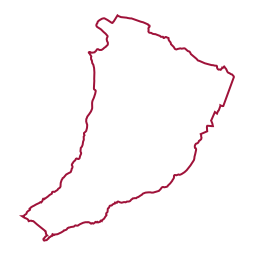 Zipacón, Cundinamarca, Colombia
{"feature_id": "7082276B87825426201074", "entity_name": "Zipacón", "entity_type": "district", "adm_level": 2, "iso_a3": "COL", "parent_name": "Colombia", "parent_adm1": "Cundinamarca", "projection": "orthographic", "projection_center": [-74.398, 4.753], "detail": "fine", "context": "isolated", "style": "outline", "palette": "rose", "viewbox_px": 256, "rotation_deg": 0, "n_neighbors": 0, "source": "geoboundaries", "source_scale": "gbopen_adm2", "svg_char_len": 5688}
<svg xmlns="http://www.w3.org/2000/svg" viewBox="0 0 256 256"><path d="M108.9,207.8L109.7,205.9L110.2,205.6L111.6,205.5L112.1,205.1L112.4,204.6L113.8,203.8L114.8,203.6L115.0,202.6L116.8,202.8L117.1,202.0L117.7,201.6L118.5,201.6L119.6,202.2L121.5,202.7L122.1,202.6L123.9,202.1L124.6,202.1L125.7,202.3L126.8,201.6L128.8,201.5L129.6,201.3L130.2,200.9L131.4,199.5L132.4,198.9L132.6,198.6L133.0,198.3L134.0,198.3L134.9,198.1L136.2,198.2L137.1,197.4L137.5,197.2L138.2,197.1L140.7,195.4L141.7,194.9L142.8,193.7L145.0,192.8L145.7,192.6L149.0,192.3L150.2,192.3L151.5,192.6L153.1,192.6L158.9,190.9L159.5,190.2L160.3,189.5L161.7,187.6L162.4,187.1L163.2,187.0L164.1,187.3L164.8,187.2L166.7,186.8L167.5,186.4L167.8,185.7L170.2,183.4L172.3,180.7L172.6,179.9L173.1,179.3L173.9,177.9L174.0,175.8L174.4,175.2L174.8,175.0L175.2,175.0L176.2,175.3L178.5,174.5L179.5,174.8L180.4,174.6L181.7,174.0L184.5,172.2L186.7,170.2L190.5,165.4L192.1,162.9L193.1,161.4L193.9,160.1L194.3,158.7L194.5,156.7L195.2,154.1L196.1,149.9L196.1,149.1L195.9,148.6L195.6,148.1L195.0,147.9L194.8,147.0L194.8,146.0L195.2,144.8L195.8,143.9L196.4,143.5L197.0,143.4L197.8,143.0L198.5,142.1L199.0,140.9L200.0,140.3L200.5,139.7L201.0,139.4L201.3,138.8L201.5,137.6L201.2,136.8L201.2,135.6L200.7,134.1L207.2,131.3L206.9,127.4L207.0,126.2L207.3,125.8L208.4,125.8L211.6,126.1L212.9,126.1L212.3,123.4L211.1,120.5L211.5,119.8L214.9,112.0L217.0,113.6L217.5,112.3L218.2,110.8L218.7,110.5L220.4,105.9L220.4,105.3L221.4,105.8L222.7,106.1L223.3,106.0L233.9,77.0L233.7,76.3L232.1,74.5L230.6,74.0L229.6,73.2L228.4,72.8L227.7,72.2L227.1,71.2L226.2,69.1L224.8,67.4L224.3,66.5L223.9,66.6L223.3,67.5L222.7,68.0L222.2,67.7L222.1,68.0L220.7,69.8L220.1,69.5L218.5,69.6L217.8,69.1L217.3,68.4L217.0,67.2L217.0,66.3L216.6,65.8L216.2,65.7L215.0,65.7L213.2,65.2L211.6,65.1L204.9,63.3L199.4,60.9L198.0,60.5L197.4,59.9L196.6,58.9L190.9,54.1L190.2,52.6L189.5,51.6L188.0,51.1L187.1,50.4L185.1,48.6L184.2,48.3L181.6,48.7L180.4,48.4L179.5,48.5L179.0,48.7L177.8,48.9L176.6,49.4L176.2,49.4L175.2,49.1L174.6,48.5L174.1,47.5L173.5,46.7L171.0,44.2L170.8,43.1L170.4,42.2L169.6,41.3L168.6,39.7L168.6,38.4L168.5,38.0L167.2,37.6L166.3,37.1L165.7,37.0L165.2,37.2L164.9,37.5L164.3,37.9L163.7,38.0L163.5,37.9L163.2,37.1L162.9,36.8L160.9,36.8L159.8,35.8L159.1,35.6L155.2,34.1L154.4,34.1L153.2,33.9L152.7,33.8L151.2,32.9L149.9,32.8L149.2,32.6L148.6,31.9L148.4,31.5L148.6,30.1L148.4,28.3L148.6,27.8L149.3,27.1L149.6,26.5L149.6,25.9L149.5,25.6L148.6,25.4L148.6,25.0L148.0,24.4L143.2,22.3L140.8,21.7L132.3,18.7L131.4,18.4L129.9,18.4L128.7,18.1L128.1,18.1L126.7,17.7L121.0,17.1L118.3,16.0L117.5,15.4L113.7,21.5L112.8,22.3L112.5,22.9L111.7,22.8L107.5,20.0L104.4,18.3L103.5,18.3L101.8,18.8L99.3,20.3L98.1,21.3L97.6,22.0L97.4,23.0L96.8,23.8L96.3,25.1L96.5,26.0L96.9,26.7L98.0,27.5L100.6,29.1L101.5,29.9L103.5,31.9L105.5,33.6L107.5,35.9L107.6,36.6L106.8,38.4L106.7,39.4L107.1,41.3L107.8,42.4L107.9,44.1L107.4,45.3L106.4,46.0L105.7,46.9L104.5,47.6L103.1,48.9L101.6,49.9L99.8,50.0L99.2,49.9L98.4,49.3L97.7,49.2L97.1,49.3L96.8,49.6L96.1,50.8L94.8,51.9L94.6,52.3L92.2,52.7L91.5,52.7L89.9,52.0L89.3,52.0L88.8,52.4L88.9,52.9L89.6,53.6L91.3,56.4L91.0,57.7L91.2,59.6L91.8,60.2L92.3,63.2L93.3,64.7L94.1,68.1L94.4,72.4L94.2,79.1L94.3,80.8L93.9,88.3L94.1,89.3L95.3,90.2L95.6,90.5L95.7,91.2L95.2,93.7L94.0,97.4L93.5,98.6L92.6,100.5L92.2,102.1L92.1,103.3L92.2,107.6L92.1,108.7L91.0,111.4L89.2,114.1L87.3,116.6L87.0,117.6L86.3,119.1L86.2,121.7L86.5,122.5L86.7,123.5L87.1,124.3L87.2,125.4L87.0,127.9L86.2,130.9L85.7,131.5L84.0,133.1L84.0,134.1L84.5,135.2L83.7,136.6L83.8,139.8L83.1,141.6L82.6,144.9L82.2,145.8L82.0,146.5L80.8,147.9L80.5,150.9L80.5,151.5L81.1,152.8L81.1,153.7L80.1,156.0L79.5,158.3L79.0,158.8L78.6,159.0L78.0,159.0L76.7,158.5L76.3,158.6L75.9,158.9L75.2,160.3L73.6,161.7L72.8,163.1L72.4,163.4L71.8,164.9L71.9,165.3L72.5,166.3L72.4,167.7L71.6,169.1L71.6,169.7L70.8,171.9L70.0,172.5L68.7,173.1L66.2,174.5L63.7,177.5L62.6,178.2L62.3,179.1L61.7,179.9L61.0,182.0L60.7,183.0L60.5,186.5L60.1,187.4L59.3,188.1L58.2,188.8L57.6,189.8L57.1,190.2L55.8,191.0L54.7,191.8L54.4,191.9L53.2,191.7L52.4,191.9L52.1,192.3L51.9,193.3L51.8,193.7L49.6,195.0L47.8,196.6L44.3,199.1L44.0,198.7L43.1,199.6L42.9,199.4L42.2,201.3L41.1,202.5L40.4,202.1L39.2,203.0L36.2,204.4L33.6,205.9L32.5,206.4L30.8,207.5L30.3,208.2L29.6,208.6L29.5,208.8L30.0,209.6L29.8,210.0L28.0,211.1L26.8,212.3L26.7,213.0L26.3,213.9L24.5,215.1L24.1,215.5L24.0,216.1L22.1,216.2L24.1,217.5L25.0,218.0L25.9,218.3L27.6,219.2L28.2,219.9L28.4,220.7L28.8,221.2L29.8,220.8L31.3,220.7L32.1,221.1L32.8,221.0L33.5,221.3L36.9,224.3L45.4,231.1L45.3,231.4L45.7,231.7L45.7,232.1L46.0,233.2L45.9,233.6L46.7,235.1L47.1,235.4L45.4,236.6L44.2,238.2L43.6,238.6L43.5,238.9L43.4,239.3L43.6,240.0L43.9,240.4L44.2,240.6L45.2,240.3L46.7,240.1L47.7,239.0L48.2,238.8L48.7,238.4L48.7,237.8L49.0,237.3L50.1,237.0L50.9,236.2L51.9,236.1L52.1,235.7L52.3,234.6L52.5,234.2L53.5,234.7L53.7,235.1L54.1,235.0L54.1,234.5L55.2,234.5L57.5,234.2L61.3,232.4L63.7,230.9L63.8,230.5L64.1,230.4L64.7,230.3L66.1,229.8L66.7,229.4L67.6,228.1L68.5,227.8L68.6,227.6L68.8,227.5L69.4,227.5L71.0,227.0L73.8,226.6L75.3,225.4L77.2,225.7L77.9,225.5L78.3,225.4L78.7,225.0L80.0,224.2L83.1,222.8L85.1,222.3L86.0,222.2L87.6,222.3L88.0,222.1L89.5,222.5L90.9,223.6L91.4,223.6L91.6,223.3L92.0,223.1L92.3,223.1L93.2,223.6L93.7,223.4L95.0,222.5L95.3,222.0L95.5,221.9L96.4,222.3L96.7,222.3L97.2,221.8L97.4,221.8L97.9,222.4L98.3,222.4L100.2,221.7L100.4,221.5L100.5,220.8L100.7,220.6L101.6,220.6L101.9,220.9L102.4,219.9L103.5,219.2L104.2,218.5L105.3,216.7L106.5,215.2L106.5,214.9L106.1,214.2L106.3,213.2L107.4,212.1L107.6,211.3L107.8,208.8L108.0,208.4L108.9,207.8Z" fill="none" stroke="#9f1239" stroke-width="2"/></svg>